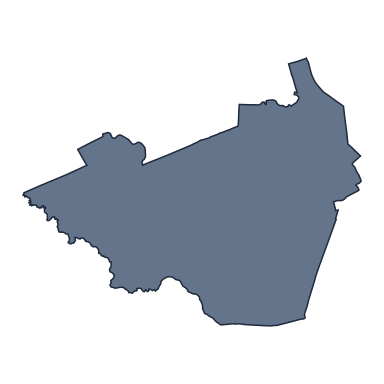 the district of Butimanu, Dâmbovita, Romania
{"feature_id": "2599482B27210810960629", "entity_name": "Butimanu", "entity_type": "district", "adm_level": 2, "iso_a3": "ROU", "parent_name": "Romania", "parent_adm1": "Dâmbovita", "projection": "albers", "projection_center": [25.868, 44.685], "detail": "fine", "context": "isolated", "style": "filled", "palette": "slate", "viewbox_px": 384, "rotation_deg": 0, "n_neighbors": 0, "source": "geoboundaries", "source_scale": "gbopen_adm2", "svg_char_len": 5918}
<svg xmlns="http://www.w3.org/2000/svg" viewBox="0 0 384 384"><path d="M220.9,324.9L231.8,323.9L234.4,323.7L234.8,324.1L235.3,324.1L238.4,323.8L238.9,323.9L239.6,323.8L243.2,324.4L247.9,324.8L267.0,325.8L271.9,325.9L273.0,325.6L275.0,325.4L276.6,325.5L290.6,321.9L299.6,319.5L302.9,318.7L303.0,319.0L304.8,318.4L305.0,318.2L305.0,317.6L304.5,314.6L304.7,313.2L307.0,306.7L307.9,303.3L308.4,300.8L314.5,280.9L315.7,276.4L319.2,266.2L327.2,244.3L336.2,219.3L335.5,219.0L338.1,210.0L335.9,210.7L333.5,201.9L337.7,200.5L339.0,200.7L340.4,200.6L342.1,200.4L342.9,200.1L344.1,199.4L345.3,198.1L345.7,197.9L345.8,197.4L346.0,197.1L358.8,190.4L358.9,189.3L358.3,188.7L357.9,187.2L356.0,185.4L356.1,184.6L359.2,183.2L360.9,181.6L361.0,180.4L359.0,175.3L356.6,171.7L356.1,170.2L355.1,167.9L354.4,166.8L352.6,165.0L352.4,164.6L352.4,164.1L352.5,163.5L353.6,162.2L360.5,156.0L354.2,149.9L354.2,150.1L352.0,147.7L347.9,144.0L346.6,131.4L344.5,115.5L343.5,106.2L335.2,100.4L329.1,95.9L323.5,92.1L317.3,85.0L315.5,82.6L314.2,80.3L312.1,75.9L310.8,71.7L309.2,65.8L308.9,64.1L308.6,63.1L306.2,58.1L305.8,58.5L297.5,61.4L288.6,63.9L290.2,69.6L290.9,71.6L291.3,73.8L292.3,76.7L292.6,76.9L293.7,80.9L294.0,81.7L295.8,88.2L297.2,92.7L294.7,92.1L294.5,92.3L294.2,94.6L295.1,94.7L296.7,95.2L298.3,96.5L298.7,97.2L298.8,97.9L298.6,98.9L297.3,101.0L297.0,101.9L296.0,102.8L293.3,104.6L292.1,105.3L291.1,106.0L290.5,105.8L289.6,104.9L288.8,104.9L288.2,105.5L288.2,106.2L286.6,107.0L285.3,106.8L284.1,106.1L282.7,106.0L282.7,105.5L280.6,105.6L279.6,105.4L278.3,104.7L277.6,104.0L276.7,102.8L276.3,101.7L275.7,101.0L273.8,100.1L272.2,99.9L267.5,100.4L266.4,100.7L266.1,104.3L266.0,104.5L265.5,104.3L264.9,103.6L264.7,102.5L264.0,102.0L263.1,102.3L262.2,102.1L261.2,103.7L258.8,104.9L243.5,104.6L239.3,104.4L238.9,109.7L238.4,122.6L238.0,126.2L231.4,128.7L230.2,129.5L228.4,130.0L221.8,132.6L219.8,133.0L218.0,134.1L209.7,137.3L209.2,137.9L208.6,138.1L204.8,139.1L203.8,139.6L201.1,140.0L196.5,142.6L193.5,143.8L193.1,144.2L190.2,145.6L166.8,155.4L143.5,164.7L143.0,165.3L142.2,164.1L142.2,162.3L142.4,160.7L144.2,159.4L145.2,157.4L145.5,155.7L145.3,150.4L144.8,147.6L142.4,144.4L140.4,142.8L138.0,142.2L135.2,143.9L133.3,144.3L132.2,143.9L128.5,139.5L121.4,135.4L119.9,134.9L117.7,135.8L116.6,136.6L115.4,138.1L113.6,138.1L112.1,137.6L110.3,133.5L108.1,132.5L102.8,134.0L102.9,136.6L90.2,142.9L77.7,149.4L84.5,161.5L86.9,165.3L66.1,174.8L39.8,185.8L25.2,192.2L23.8,193.0L23.7,194.7L23.1,194.9L23.0,195.1L23.2,195.4L24.8,195.3L25.2,195.6L25.2,195.9L24.7,196.6L24.8,196.9L25.1,196.9L26.4,196.2L27.9,197.7L28.3,197.9L29.6,198.1L30.0,198.5L30.1,199.8L29.2,200.6L29.3,200.8L30.6,201.0L30.8,201.3L30.9,202.0L30.4,202.5L30.0,202.7L29.2,202.4L29.0,202.5L28.9,202.8L30.0,203.5L30.2,203.9L29.7,205.1L30.0,205.2L30.4,205.1L30.7,204.5L31.3,204.4L31.6,204.6L31.6,205.5L31.8,205.8L32.4,205.3L32.6,204.8L33.3,204.9L33.9,205.3L35.8,205.0L36.6,205.3L36.9,205.8L36.7,206.4L36.9,206.9L38.7,207.7L39.5,207.5L39.7,208.1L39.9,208.2L40.3,207.4L40.6,207.3L41.4,207.8L41.7,207.7L41.9,207.5L41.9,207.2L41.8,206.6L41.9,206.0L42.8,205.7L43.5,205.8L43.8,206.2L43.9,206.6L43.6,207.7L43.9,207.9L45.1,207.3L45.4,207.4L45.6,208.0L45.1,208.6L44.6,208.9L44.4,211.1L44.5,211.8L44.7,212.1L46.3,213.4L47.4,214.6L47.4,218.1L46.9,219.7L47.0,220.1L47.2,220.3L48.0,220.8L49.2,220.3L51.1,218.8L52.3,217.0L52.7,216.9L54.2,217.0L53.9,217.3L54.1,217.6L54.4,217.7L55.1,219.3L55.8,219.2L56.2,218.7L56.8,219.4L58.1,219.8L58.2,220.3L58.0,220.8L57.4,220.9L57.2,221.2L57.5,222.3L58.0,225.0L57.2,226.7L57.7,227.8L58.4,228.5L58.5,228.7L58.2,230.0L58.8,231.0L58.8,231.6L59.2,232.0L59.7,232.2L61.1,232.0L62.2,232.4L63.3,232.2L64.6,232.8L65.8,233.8L67.1,234.0L68.1,234.3L69.1,237.5L69.5,239.5L69.0,241.5L68.4,241.8L68.1,242.1L68.3,242.8L68.6,243.0L70.5,243.9L70.9,243.9L72.1,243.0L73.4,243.2L73.7,243.0L75.4,240.5L75.0,238.1L75.1,237.4L75.5,237.3L77.1,237.9L77.5,238.1L77.7,238.4L79.2,238.7L80.0,239.1L80.5,238.3L81.1,238.1L81.9,238.0L83.5,238.3L84.1,238.8L84.6,239.8L85.7,240.7L85.7,241.3L85.9,241.5L88.0,241.7L88.5,242.1L89.4,242.4L90.1,243.1L90.7,244.3L91.1,245.0L91.3,245.7L92.4,246.2L93.3,246.9L95.5,246.6L95.8,246.7L96.7,247.4L97.7,248.5L98.3,249.3L99.0,251.9L98.6,252.5L98.6,252.9L98.8,253.3L100.4,253.8L100.9,254.3L101.2,255.3L102.2,256.1L102.9,256.2L103.5,255.9L103.9,256.0L104.0,256.7L104.4,257.0L107.4,257.7L108.0,258.1L108.4,258.7L109.2,260.3L109.4,261.4L109.7,261.9L110.4,262.0L111.0,261.9L111.3,262.2L111.0,263.4L111.0,264.3L111.3,265.8L111.0,266.6L110.5,267.1L110.6,267.7L110.4,268.0L109.7,268.8L109.5,269.5L109.6,270.2L109.7,270.3L109.8,270.6L109.8,271.1L110.1,271.9L111.8,272.5L113.4,273.9L114.0,275.2L114.2,276.0L113.6,277.9L113.2,278.5L112.3,279.4L111.4,279.9L110.8,280.6L110.7,281.2L111.2,283.0L110.2,284.6L110.0,285.1L110.1,285.5L110.3,285.9L110.9,286.8L111.2,287.0L113.6,287.5L114.5,288.1L116.9,288.0L119.9,287.3L123.8,287.4L124.3,288.5L124.8,288.7L125.9,289.5L126.2,289.5L128.3,291.1L128.6,291.9L128.6,292.5L129.4,292.7L130.6,292.6L131.5,293.0L132.5,293.2L133.1,292.3L134.7,290.9L136.3,290.9L137.1,290.3L137.0,289.5L136.7,288.7L138.6,288.2L140.5,288.3L141.2,288.7L142.5,290.7L143.4,291.5L144.3,291.7L145.1,290.7L145.3,289.9L146.4,290.3L147.1,291.5L148.2,291.4L148.9,290.5L149.0,289.0L150.7,289.5L152.4,290.6L153.3,289.9L154.4,289.7L155.4,291.1L157.0,289.6L158.4,288.7L158.5,287.6L160.8,283.7L160.9,281.9L161.2,281.3L161.6,280.7L163.7,278.9L167.6,276.8L169.7,276.7L172.6,277.2L175.5,279.4L176.2,279.7L179.1,280.3L179.6,280.5L180.6,281.8L182.8,286.0L185.3,287.6L186.7,289.0L187.1,289.1L188.2,291.8L189.8,292.3L191.9,293.4L193.5,293.9L194.3,294.1L195.6,293.9L197.0,294.7L199.0,296.5L199.4,297.3L199.7,298.5L199.6,299.2L199.7,299.7L200.8,301.0L201.2,301.9L201.8,303.5L202.3,304.4L202.5,305.2L202.4,306.2L202.6,307.2L202.6,308.8L204.6,313.4L206.0,314.1L206.9,314.3L209.2,316.2L212.9,318.0L214.9,320.4L216.8,322.2L220.9,324.9Z" fill="#64748b" stroke="#1e293b" stroke-width="1.5"/></svg>